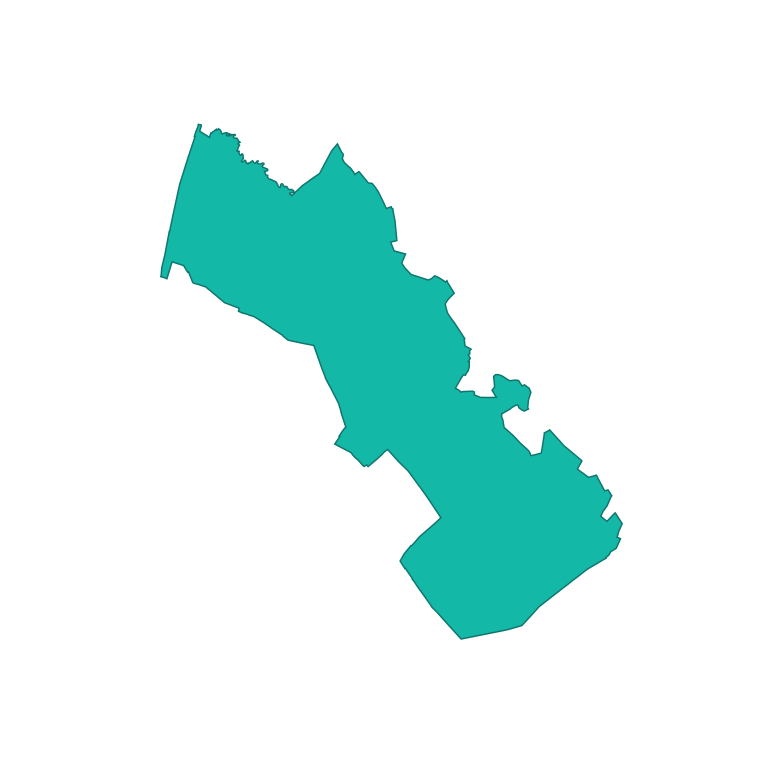 outline of Svētes pag., Jelgava, Latvia, rotated 296°
{"feature_id": "27541924B49757256215349", "entity_name": "Svētes pag.", "entity_type": "district", "adm_level": 2, "iso_a3": "LVA", "parent_name": "Latvia", "parent_adm1": "Jelgava", "projection": "orthographic", "projection_center": [23.649, 56.562], "detail": "fine", "context": "isolated", "style": "filled", "palette": "teal", "viewbox_px": 768, "rotation_deg": 296, "n_neighbors": 0, "source": "geoboundaries", "source_scale": "gbopen_adm2", "svg_char_len": 6135}
<svg xmlns="http://www.w3.org/2000/svg" viewBox="0 0 768 768"><g transform="rotate(296 384 384)"><path d="M308.4,366.1L308.2,372.3L307.9,384.4L306.4,387.3L305.8,388.7L305.0,390.9L304.4,393.9L302.5,398.3L301.4,401.1L301.2,402.3L303.6,403.9L302.8,405.9L314.1,410.9L319.8,413.1L323.3,414.1L326.8,416.1L326.4,416.7L320.4,431.7L317.6,440.3L316.3,444.1L308.0,459.7L306.6,462.6L300.4,473.9L300.4,474.1L299.8,474.9L288.8,493.7L282.4,491.4L262.6,483.0L250.8,479.8L250.7,479.1L240.2,476.6L231.9,476.1L227.2,483.8L227.7,484.2L227.5,484.3L221.7,494.5L220.9,495.0L220.6,495.6L220.8,495.7L215.8,504.3L211.8,511.8L206.9,520.7L204.2,525.4L202.2,531.4L194.6,550.1L188.6,565.1L217.3,602.7L227.3,613.8L242.2,618.3L251.8,621.0L278.9,634.2L284.3,637.0L289.4,639.3L294.6,642.0L304.5,646.8L307.7,648.6L325.0,660.0L325.3,659.6L329.2,661.2L332.6,661.3L338.1,664.7L348.6,664.4L348.5,660.5L351.6,660.2L354.4,659.6L362.9,659.3L369.5,648.4L369.1,648.0L358.3,644.6L360.1,636.8L365.6,636.7L372.2,637.9L381.6,637.5L382.6,637.6L383.3,637.8L387.0,631.8L384.7,629.1L393.1,617.5L395.1,615.1L395.0,614.5L394.8,614.5L389.8,608.9L392.2,595.3L392.5,595.1L401.4,595.6L401.9,595.1L407.4,572.9L415.4,553.0L414.1,552.3L410.2,549.5L409.4,550.0L390.9,555.7L385.9,549.9L384.0,547.4L386.5,544.8L387.0,544.0L387.9,541.8L389.8,535.1L389.9,534.9L390.4,533.1L394.3,522.7L397.6,511.0L404.0,506.4L406.0,504.1L408.8,502.9L414.9,507.1L417.4,508.7L418.4,508.9L423.0,512.0L423.7,513.6L421.8,515.7L421.1,519.1L421.2,521.9L421.3,522.1L424.9,524.8L425.8,523.5L433.2,520.8L441.0,519.6L443.3,516.8L443.8,516.5L444.2,514.0L444.9,510.8L442.8,508.9L446.1,503.4L445.3,500.7L442.2,495.8L442.1,494.6L442.3,491.8L442.5,491.0L443.0,486.5L442.5,482.5L441.6,480.7L441.0,480.0L438.8,479.2L434.0,482.3L430.1,484.5L429.6,484.7L425.7,483.9L421.3,490.8L419.4,487.2L419.2,487.0L414.2,476.5L413.8,470.0L416.4,468.7L416.4,466.8L411.9,458.5L410.4,456.5L410.6,456.3L411.2,454.3L411.6,450.0L423.2,450.8L426.9,451.3L427.6,453.3L430.6,453.4L432.6,453.9L436.6,453.2L441.5,450.9L441.2,449.9L444.8,450.3L447.3,446.9L448.7,447.9L451.4,446.4L453.5,447.0L453.7,440.2L459.1,436.6L459.3,436.5L460.1,436.8L469.7,420.8L470.8,418.6L473.1,414.2L475.3,410.6L476.1,409.5L481.1,405.2L483.1,403.8L488.7,404.7L496.4,407.3L503.1,396.7L504.4,395.4L502.7,394.6L503.6,387.0L503.6,383.4L503.5,382.2L499.4,380.4L496.9,378.3L494.3,360.4L497.4,352.0L500.3,347.1L500.7,346.9L510.3,346.4L509.6,342.6L509.4,342.4L508.8,339.4L509.0,339.6L508.1,334.9L508.3,334.5L514.5,327.8L518.5,332.7L535.4,322.4L541.6,317.7L545.4,315.0L545.0,314.3L546.4,312.9L545.7,312.0L543.6,310.0L542.8,309.0L545.3,306.1L548.8,301.7L553.3,295.8L554.7,293.9L557.2,289.5L558.8,286.0L559.0,285.5L559.0,285.1L558.9,284.7L557.8,281.9L562.1,272.5L563.8,268.8L563.8,268.5L563.7,268.2L559.5,265.8L561.0,264.0L563.3,259.4L563.6,258.7L564.1,255.9L564.5,255.1L565.6,251.4L568.2,247.8L571.9,247.0L572.7,246.5L573.9,244.1L574.6,243.2L579.4,236.9L571.8,235.0L570.2,234.7L544.9,233.8L534.6,228.0L532.7,227.1L526.6,223.7L512.7,218.5L512.8,217.9L513.4,217.4L513.3,216.4L513.9,215.7L514.3,215.7L514.6,215.9L515.6,217.1L516.4,218.7L517.0,218.9L517.6,218.6L518.1,218.0L518.2,217.4L518.1,216.3L517.8,215.1L518.1,215.2L517.8,214.6L517.4,214.0L517.2,213.4L517.5,212.1L518.7,210.3L518.8,209.8L518.6,209.3L517.7,208.4L517.7,208.0L517.8,207.6L519.2,205.3L519.3,205.0L519.1,204.3L518.3,203.8L515.2,204.6L514.9,203.5L515.6,201.9L517.0,200.5L518.1,198.7L518.4,197.9L518.4,196.6L518.0,195.0L518.3,194.5L518.3,193.0L518.2,192.0L517.8,191.7L517.9,190.4L518.2,189.9L518.7,188.9L519.1,188.6L520.5,188.0L520.1,187.0L520.2,186.1L522.7,183.5L524.5,185.7L525.5,185.8L526.1,184.8L525.7,180.1L525.9,179.7L526.5,179.2L527.1,179.1L529.0,179.7L529.3,179.7L529.7,179.1L529.5,178.3L529.1,177.7L528.1,177.1L527.4,176.4L526.8,174.3L526.8,173.7L527.1,173.3L527.3,173.0L528.0,172.9L528.7,173.3L529.2,173.3L529.3,173.0L528.9,172.3L526.3,171.6L525.9,171.1L525.7,170.1L526.7,168.8L527.0,168.1L525.6,167.1L524.2,166.7L523.4,165.6L522.6,165.4L522.4,165.2L522.3,164.8L522.5,164.2L522.2,164.0L522.5,163.3L522.7,162.6L523.1,162.5L524.1,161.7L524.1,161.1L524.1,160.9L523.7,160.6L523.2,160.5L521.8,159.7L521.3,159.1L521.3,158.8L521.7,158.2L522.4,158.2L524.9,158.7L528.4,156.6L528.6,156.3L528.6,155.5L528.3,155.3L527.3,155.2L527.1,155.3L526.7,155.1L526.6,154.8L526.6,154.5L526.8,154.1L527.3,153.3L528.1,152.6L528.3,152.0L528.6,151.7L529.6,151.9L529.8,151.6L529.7,151.2L528.8,150.0L528.9,149.7L530.7,149.5L531.5,149.6L532.7,149.3L534.1,149.3L535.3,149.5L535.8,148.4L535.7,147.8L535.8,147.7L536.0,147.5L536.5,147.4L536.9,147.5L537.8,148.5L538.2,148.7L538.6,147.0L539.1,146.0L539.7,145.4L540.4,144.2L540.3,143.7L539.7,142.7L539.5,141.3L539.7,140.6L540.4,140.1L540.9,140.0L541.4,140.3L541.9,141.2L542.8,141.0L542.8,140.7L542.8,140.2L542.0,139.5L541.5,137.7L539.8,137.1L539.4,136.7L539.5,136.4L539.8,136.1L541.1,136.0L541.2,135.7L541.3,135.3L541.1,134.8L540.7,134.6L538.4,134.9L538.4,134.7L538.3,134.1L538.4,133.5L538.6,133.2L540.5,133.1L541.0,132.9L540.8,132.3L539.5,130.4L539.0,129.9L537.8,129.1L538.2,127.9L539.1,127.3L540.2,126.0L540.7,125.0L540.5,124.0L540.9,123.5L539.1,122.6L538.5,121.7L539.1,121.5L535.1,119.4L533.8,119.1L533.7,118.3L529.2,119.0L530.4,107.6L536.1,106.6L536.7,106.3L536.5,105.1L535.9,103.3L534.7,103.8L533.5,104.0L529.5,104.2L523.4,105.0L523.5,105.7L500.5,108.8L473.4,112.9L470.9,113.6L469.8,113.8L442.9,120.4L426.8,124.5L426.8,124.2L403.7,130.5L391.4,133.2L383.8,136.1L382.6,136.3L383.0,138.1L383.4,140.7L383.4,142.7L400.9,140.0L402.6,151.9L398.3,158.7L398.4,159.2L398.9,159.0L399.0,159.2L391.4,167.6L391.2,169.1L391.9,172.3L393.0,180.5L393.3,180.9L392.4,183.8L392.4,184.2L387.2,205.1L388.6,220.7L385.6,221.3L385.7,225.6L386.7,230.1L386.9,233.5L387.6,237.0L387.3,240.6L386.2,250.7L384.6,261.0L383.3,271.5L383.0,271.7L381.3,278.6L385.1,293.8L387.9,304.0L371.2,320.9L363.7,329.0L363.6,328.9L363.2,329.4L362.0,331.0L362.0,331.3L361.8,331.2L361.6,331.5L361.4,331.8L358.7,335.4L358.8,335.5L347.7,350.3L346.4,351.9L341.7,356.3L339.6,357.9L329.2,367.9L328.5,368.8L327.8,368.3L326.6,367.9L322.1,367.1L318.1,366.6L317.4,366.6L317.6,367.2L316.9,367.2L308.4,366.1Z" fill="#14b8a6" stroke="#0f766e" stroke-width="1.5"/></g></svg>